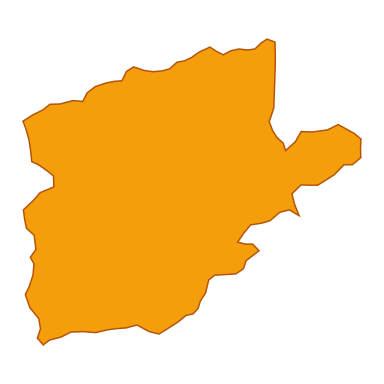 Pirapora do Bom Jesus, São Paulo, Brazil
{"feature_id": "56859067B63542000245485", "entity_name": "Pirapora do Bom Jesus", "entity_type": "district", "adm_level": 2, "iso_a3": "BRA", "parent_name": "Brazil", "parent_adm1": "São Paulo", "projection": "albers", "projection_center": [-46.98, -23.379], "detail": "fine", "context": "isolated", "style": "filled", "palette": "amber", "viewbox_px": 384, "rotation_deg": 0, "n_neighbors": 0, "source": "geoboundaries", "source_scale": "gbopen_adm2", "svg_char_len": 1505}
<svg xmlns="http://www.w3.org/2000/svg" viewBox="0 0 384 384"><path d="M43.2,344.9L49.7,340.0L61.0,337.1L70.8,332.1L83.0,331.6L95.8,332.6L106.5,330.0L115.6,328.7L126.1,327.9L137.0,325.0L149.2,331.6L159.0,334.0L168.8,327.9L178.3,321.8L185.9,315.5L193.0,313.9L198.0,308.6L200.3,301.2L205.6,292.8L208.7,280.0L214.7,275.2L223.0,274.7L236.0,273.9L243.5,268.6L246.1,260.7L252.2,256.0L259.0,250.7L252.6,244.1L245.3,244.1L237.7,242.1L243.5,233.5L250.6,224.9L261.9,223.1L270.0,220.7L279.8,212.3L289.4,209.9L299.1,215.7L294.5,204.1L291.9,193.8L301.0,184.9L309.4,185.2L317.7,185.2L324.5,181.0L334.4,174.6L343.8,164.9L352.5,164.6L360.8,157.6L360.5,148.9L361.0,139.1L354.5,133.6L338.2,124.6L327.5,129.9L312.1,132.0L301.1,131.6L295.3,141.8L285.6,150.6L283.2,143.2L276.9,137.4L272.7,130.8L269.2,121.7L273.8,108.0L275.2,67.2L275.3,57.2L275.0,42.1L267.0,39.1L260.9,43.2L254.9,49.0L247.4,50.0L238.9,49.0L230.7,50.8L223.4,54.8L216.5,51.4L209.9,47.1L199.5,51.9L191.1,57.7L184.3,60.9L176.8,62.3L169.7,68.8L162.3,70.9L152.9,71.7L144.3,70.5L133.6,66.9L126.5,71.4L121.9,80.8L114.7,81.3L106.4,82.9L95.3,86.6L87.1,92.9L82.8,101.4L72.8,100.6L60.1,104.0L49.9,104.3L43.1,109.8L32.9,114.8L23.0,121.2L26.0,129.1L29.1,140.3L30.7,151.4L31.8,161.7L38.3,164.6L47.0,170.7L53.5,176.0L53.8,186.9L40.2,192.6L33.4,200.4L23.4,209.9L24.6,219.1L26.5,228.4L34.2,235.2L35.9,249.5L30.3,257.3L34.0,263.9L33.0,275.0L29.2,286.6L25.3,294.5L29.9,307.7L38.8,318.7L40.5,328.7L37.4,338.2L43.2,344.9Z" fill="#f59e0b" stroke="#b45309" stroke-width="1.5"/></svg>